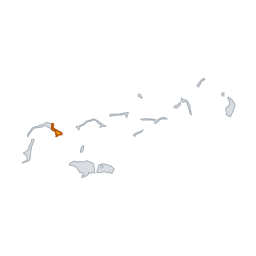 South Abaco on a map of The Bahamas (Robinson projection), rotated 296°
{"feature_id": "BHS-5016", "entity_name": "South Abaco", "entity_type": "District", "adm_level": 1, "iso_a3": "BHS", "parent_name": "The Bahamas", "parent_adm1": "", "projection": "robinson", "projection_center": [-77.194, 26.12], "detail": "fine", "context": "in_parent", "style": "filled", "palette": "amber", "viewbox_px": 256, "rotation_deg": 296, "n_neighbors": 0, "source": "natural_earth", "source_scale": "10m", "svg_char_len": 3785}
<svg xmlns="http://www.w3.org/2000/svg" viewBox="0 0 256 256"><g transform="rotate(296 128 128)"><path d="M80.7,105.7L80.7,109.2L80.9,111.8L80.7,112.7L78.0,114.5L77.3,115.5L74.7,116.5L73.2,117.9L72.4,115.6L70.9,114.2L70.7,111.9L69.5,112.7L67.9,112.2L65.1,110.4L63.4,108.0L65.8,107.6L66.3,109.1L68.2,107.2L67.8,106.2L67.5,106.1L66.8,104.3L69.7,99.6L70.3,96.5L69.1,91.6L70.3,91.3L73.5,93.0L74.9,94.7L75.0,97.0L76.3,98.8L78.3,103.1L80.7,105.7ZM82.9,119.0L82.9,119.6L80.4,121.5L82.2,122.8L83.9,119.9L85.3,122.2L86.0,126.6L85.9,127.3L86.0,128.0L86.3,128.8L86.3,130.0L84.9,133.8L80.0,133.4L79.9,130.2L79.1,129.6L78.0,125.0L76.4,123.6L74.3,119.8L75.5,118.9L77.2,119.2L78.1,118.7L80.4,118.4L81.8,117.9L82.9,119.0ZM199.3,207.8L198.5,210.0L195.9,214.0L189.9,215.0L183.4,215.2L182.9,214.1L182.7,213.1L183.2,211.6L183.2,211.0L182.9,210.4L185.3,209.8L186.8,207.9L189.3,207.5L192.4,208.9L194.1,208.9L196.5,207.5L198.5,204.3L199.7,204.7L199.3,207.8ZM93.7,70.9L93.1,71.1L91.0,68.2L89.2,67.4L92.0,65.3L93.1,63.5L93.1,59.7L93.8,57.6L93.6,55.7L94.2,53.9L93.3,51.8L91.1,50.1L86.6,43.5L79.5,41.9L75.8,41.8L77.8,40.8L79.7,40.9L82.6,41.5L86.0,41.8L88.1,43.8L90.1,46.4L91.9,47.4L92.7,48.1L92.6,48.8L92.9,49.5L95.2,50.7L97.6,52.7L98.3,58.4L95.1,61.1L94.5,69.4L93.7,70.9ZM62.2,46.9L65.2,47.8L66.8,47.7L67.8,47.1L72.2,47.3L75.8,46.5L76.3,48.0L76.2,48.8L68.6,49.6L61.6,51.8L57.7,53.4L55.9,53.5L54.5,52.7L49.9,48.1L51.1,48.5L54.6,51.2L56.7,50.7L58.7,48.9L59.0,47.6L58.7,47.0L59.6,44.9L62.2,46.9ZM108.1,83.0L112.2,86.3L115.7,87.5L119.5,91.6L121.1,93.1L121.4,94.4L120.8,100.5L119.9,104.1L120.1,107.3L119.2,106.4L118.3,104.3L116.8,103.1L116.3,102.5L119.0,102.3L119.2,99.0L120.5,96.4L120.3,93.7L117.2,90.7L115.0,88.1L111.8,87.2L108.8,84.6L107.0,84.3L104.8,84.7L105.6,83.2L106.1,81.1L106.5,80.7L108.1,83.0ZM153.5,158.4L153.3,159.1L150.1,153.3L146.1,151.9L143.9,150.5L144.3,149.7L145.9,149.3L146.2,147.5L145.5,145.5L143.4,141.5L142.2,138.8L141.6,138.1L141.5,135.9L144.0,139.4L145.0,142.5L146.7,145.6L147.8,150.9L151.0,152.7L153.3,155.3L153.5,158.4ZM169.5,178.1L167.7,179.0L168.1,177.5L171.5,174.9L173.3,172.7L174.4,171.9L174.8,171.3L176.2,170.5L177.0,169.0L176.8,167.8L175.2,165.9L175.2,164.5L175.7,163.6L178.4,163.1L177.7,164.6L178.7,168.7L175.3,173.9L172.3,175.4L169.5,178.1ZM141.6,120.4L141.8,121.9L140.1,121.6L137.7,122.2L136.8,122.2L137.3,121.2L139.0,119.8L139.1,118.5L137.0,116.6L134.5,111.9L133.3,110.8L132.8,109.1L130.7,107.2L131.1,106.2L131.6,105.9L133.0,106.4L136.2,113.2L136.4,113.8L141.6,120.4ZM198.7,171.9L200.3,172.3L201.1,172.3L204.0,173.1L205.7,174.3L206.1,174.8L205.2,175.9L202.5,173.9L200.2,173.6L197.0,173.7L195.7,173.3L196.5,171.1L198.7,171.9ZM173.1,163.3L173.7,163.8L172.1,165.0L168.5,163.6L167.7,163.7L167.0,162.1L166.7,161.0L166.9,159.9L169.0,160.8L170.2,162.3L173.1,163.3ZM90.6,96.8L87.8,97.4L85.8,96.8L85.3,96.3L86.1,95.5L88.0,94.8L91.1,94.7L92.4,95.5L92.6,95.9L90.6,96.8ZM132.8,142.2L131.7,142.4L129.9,141.6L125.5,138.1L123.4,137.8L124.1,135.8L125.6,136.5L129.2,139.5L130.5,141.0L132.8,142.2ZM163.6,124.2L161.7,127.4L160.6,127.1L161.2,123.2L162.6,122.5L163.1,122.6L163.6,124.2ZM202.0,198.7L198.7,200.1L198.3,198.4L200.0,197.1L202.0,198.7Z" fill="#d9dde1" stroke="#a8b0b8" stroke-width="1"/><path d="M98.5,57.8L98.6,58.1L98.7,58.3L98.8,58.4L98.9,58.6L98.9,58.8L98.9,59.0L98.7,59.3L98.3,59.6L97.8,59.7L98.0,59.1L97.2,59.2L96.4,59.7L95.7,60.3L95.2,61.0L94.9,61.7L94.7,63.9L94.8,64.4L94.5,66.1L94.6,68.4L94.5,70.5L93.6,71.4L93.0,71.1L92.4,70.2L92.0,69.3L91.8,68.7L91.4,68.4L89.6,67.9L89.1,67.2L89.5,67.2L90.0,67.1L90.3,66.8L90.6,66.0L90.9,65.9L91.3,65.9L91.6,65.7L92.5,64.7L93.1,64.1L93.7,63.9L93.6,63.6L93.5,63.4L93.4,63.1L93.4,62.8L93.3,62.6L93.1,62.4L92.9,62.2L92.9,61.8L93.0,61.5L93.2,61.3L93.5,61.0L93.6,60.6L93.5,59.8L98.5,57.8Z" fill="#f59e0b" stroke="#b45309" stroke-width="1.5"/></g></svg>